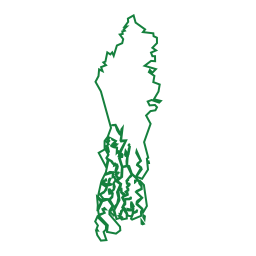 Bagerhat, Khulna, Bangladesh
{"feature_id": "16705992B77600989823530", "entity_name": "Bagerhat", "entity_type": "district", "adm_level": 2, "iso_a3": "BGD", "parent_name": "Bangladesh", "parent_adm1": "Khulna", "projection": "natural_earth1", "projection_center": [89.774, 22.348], "detail": "fine", "context": "isolated", "style": "outline", "palette": "green", "viewbox_px": 256, "rotation_deg": 0, "n_neighbors": 0, "source": "geoboundaries", "source_scale": "gbopen_adm2", "svg_char_len": 6059}
<svg xmlns="http://www.w3.org/2000/svg" viewBox="0 0 256 256"><path d="M135.6,22.6L133.6,15.4L127.9,18.6L128.2,21.8L124.5,26.8L126.7,26.6L123.7,29.4L124.8,30.7L122.3,31.4L122.7,33.9L119.8,34.5L123.2,39.1L122.2,43.2L116.9,45.5L113.7,55.8L112.2,52.4L110.3,54.4L107.3,52.4L105.4,61.6L103.4,62.4L106.0,65.2L101.1,67.1L102.5,71.1L99.1,69.4L98.5,76.1L95.5,81.8L100.9,91.4L111.0,127.9L107.8,136.6L109.4,137.7L107.8,140.2L109.0,140.4L109.3,140.9L108.2,142.3L107.0,142.1L108.7,144.3L106.4,146.0L107.9,147.1L108.9,151.6L108.7,152.0L108.1,151.8L106.0,149.2L108.5,154.8L106.6,158.2L111.8,161.2L112.5,162.1L113.0,163.5L114.8,163.5L114.3,165.3L116.1,164.2L117.2,164.8L117.8,166.4L117.4,168.5L115.4,172.3L118.1,172.5L117.8,173.7L115.9,174.4L118.3,178.1L121.2,177.3L121.9,167.0L119.0,158.3L119.9,156.1L121.9,156.6L122.0,154.6L118.9,155.8L119.3,152.0L118.6,151.4L117.2,153.0L116.7,153.2L116.9,147.7L114.2,147.4L112.2,146.6L111.1,145.8L111.4,145.3L115.3,145.4L116.8,144.3L113.4,143.7L113.3,143.3L113.4,143.1L115.4,141.7L114.9,140.6L112.4,139.7L112.0,138.9L116.0,141.0L115.2,142.2L113.4,143.5L116.6,144.1L116.9,144.3L116.6,144.9L115.1,145.6L111.2,145.7L117.1,147.6L116.7,153.0L118.5,151.2L119.7,151.9L125.7,140.7L121.1,141.5L120.5,140.5L121.3,135.6L119.3,133.8L117.1,130.2L115.5,125.3L111.5,125.2L115.6,124.8L120.7,134.5L121.4,129.3L122.6,127.7L121.1,140.5L126.2,140.3L119.3,155.0L121.6,153.8L122.6,154.8L122.2,157.0L119.6,157.5L122.4,166.7L126.7,165.8L126.5,161.2L127.2,156.9L125.4,155.7L125.0,154.3L125.6,150.7L128.1,154.5L128.8,148.5L129.8,146.7L128.6,145.4L128.6,145.0L129.8,143.7L128.7,145.2L129.9,146.7L128.5,154.5L127.6,155.1L126.0,152.8L125.2,154.7L127.6,156.8L127.1,165.4L129.2,166.1L131.8,173.6L135.6,177.2L140.9,168.1L137.0,165.1L137.6,163.4L140.6,161.0L136.2,152.9L136.6,150.9L141.0,160.9L137.4,164.3L141.1,167.4L141.7,169.3L136.3,176.7L142.1,178.8L148.0,169.6L146.9,158.6L148.2,157.7L144.1,142.1L150.6,123.8L146.1,115.5L150.5,111.1L155.4,110.3L157.0,107.2L155.0,105.0L149.6,105.4L147.7,101.5L151.6,100.0L159.1,102.6L160.8,100.9L153.9,99.3L158.5,91.5L159.7,84.5L153.3,82.1L154.4,75.9L148.9,72.1L149.9,70.0L152.4,72.7L155.9,69.1L144.6,65.8L151.1,60.9L155.1,61.2L155.0,56.2L152.4,56.2L151.0,52.6L156.1,50.4L152.4,47.8L157.0,43.1L156.9,37.7L153.6,36.2L153.3,33.3L143.0,32.1L145.1,29.4L135.6,22.6ZM138.1,180.1L131.9,174.2L131.2,176.2L128.3,178.5L128.2,180.2L126.8,180.8L127.4,183.6L128.9,183.5L129.6,184.6L129.2,185.5L126.9,187.2L128.4,189.0L128.3,190.5L126.1,191.7L127.6,193.1L127.8,194.8L122.8,197.0L124.2,200.5L125.5,198.9L130.6,198.6L130.3,196.9L131.0,197.8L130.8,198.7L129.3,199.3L125.2,199.4L125.3,204.2L123.0,206.8L125.6,209.3L127.8,215.7L131.3,216.3L132.5,214.5L133.0,210.4L128.7,210.5L128.0,210.1L127.7,208.9L133.0,210.1L131.8,207.0L133.3,206.3L132.6,204.4L131.6,206.2L131.1,206.3L131.0,203.9L131.4,201.4L131.3,206.0L132.6,204.1L133.7,206.2L132.3,206.9L133.5,208.1L132.9,213.2L133.6,211.8L134.7,212.6L135.8,211.4L136.6,211.7L137.3,209.5L136.7,211.9L134.7,212.8L133.7,212.2L131.0,218.7L132.1,219.6L141.2,215.8L140.9,211.9L142.2,209.2L136.5,204.3L136.7,201.9L137.5,200.7L141.9,197.8L136.0,192.1L136.6,191.0L141.5,188.7L141.4,186.3L139.3,183.5L138.9,180.9L135.4,180.6L135.1,181.1L135.3,182.2L135.0,182.4L135.0,180.6L138.1,180.1ZM107.8,199.5L101.6,201.5L101.9,202.1L98.1,210.3L98.8,214.7L104.6,212.8L102.5,209.7L102.8,209.0L104.4,208.0L105.7,209.4L102.8,209.3L104.7,212.8L98.7,215.6L107.8,225.3L107.0,231.9L116.0,233.6L120.3,230.4L120.0,226.7L109.4,214.3L109.4,210.8L112.5,206.0L107.8,199.5ZM108.4,160.4L105.4,174.4L109.9,171.9L112.9,172.2L113.4,175.1L112.7,177.3L114.5,176.9L115.7,180.1L113.7,183.3L114.8,186.7L113.9,189.6L111.5,191.7L109.1,190.1L109.5,193.4L111.8,192.5L112.8,193.4L112.3,197.2L109.8,199.8L114.1,207.3L117.1,203.8L118.4,197.8L117.0,192.1L120.4,184.3L116.4,181.4L117.7,178.3L115.6,174.4L118.0,173.0L115.1,172.3L116.8,164.9L114.3,165.6L113.9,164.9L114.4,163.7L112.8,163.7L110.7,160.7L108.4,160.4ZM112.9,172.4L105.5,174.8L105.2,174.6L105.1,173.8L101.4,181.3L101.4,181.7L102.6,181.8L104.3,183.1L104.0,180.6L104.3,180.5L106.1,180.4L105.7,178.4L106.2,180.4L105.9,180.7L104.2,180.7L104.5,183.2L101.0,183.1L110.8,184.7L111.2,184.4L109.1,183.5L108.5,182.6L109.1,179.3L109.7,178.6L110.5,178.7L108.7,182.9L111.4,184.3L111.0,184.8L108.2,185.5L105.5,184.9L106.4,185.8L106.9,187.1L106.2,189.8L103.8,192.6L100.0,194.6L103.6,198.9L109.4,199.2L112.2,196.3L112.3,193.1L109.3,193.8L108.6,190.2L109.8,189.3L111.6,191.4L113.8,189.3L113.4,183.4L115.5,180.2L114.4,177.2L112.5,177.4L112.9,172.4ZM127.5,166.2L122.5,167.2L122.1,176.9L117.2,180.8L121.2,183.9L120.2,188.4L121.5,188.7L121.7,192.4L124.1,193.6L124.8,195.6L127.4,194.4L125.5,191.7L127.9,190.2L126.8,186.9L129.2,184.3L126.9,183.7L126.4,180.8L131.5,174.5L127.5,166.2ZM123.8,195.3L121.1,192.5L121.2,188.9L119.9,189.1L118.5,191.3L119.5,200.2L114.3,210.2L116.5,219.0L121.5,217.5L118.8,215.9L120.1,215.4L119.7,214.0L120.7,214.2L121.0,211.1L122.4,209.9L120.9,214.4L119.9,214.2L120.3,215.3L119.1,215.9L121.9,217.2L121.8,217.7L120.6,218.1L121.7,219.5L126.8,218.5L126.6,213.9L122.2,207.5L124.6,202.7L122.1,197.7L123.8,195.3ZM97.3,216.8L95.2,221.5L97.9,225.5L96.6,228.8L97.8,230.6L96.1,230.5L97.3,235.2L100.9,240.6L106.4,240.1L103.6,231.9L105.9,229.6L106.1,225.4L97.3,216.8ZM143.0,212.6L146.9,206.0L143.9,185.0L140.2,181.1L139.5,182.7L141.6,185.7L141.7,189.1L136.2,191.9L142.3,197.8L136.8,203.6L142.4,208.7L143.0,212.6ZM106.9,142.3L107.9,140.5L107.6,140.1L109.1,137.9L107.5,137.1L104.6,141.0L104.6,149.5L98.7,152.8L106.2,167.2L107.6,160.2L106.4,157.9L108.3,154.7L105.6,149.8L106.2,148.9L108.6,151.7L106.2,146.1L108.5,144.3L106.9,142.3ZM101.6,200.4L102.9,198.2L99.8,194.4L104.5,191.4L106.7,187.2L100.9,183.4L97.9,196.8L101.6,200.4ZM97.4,211.2L101.0,201.8L97.1,197.0L97.8,205.1L97.4,211.2ZM113.7,215.4L114.6,213.2L112.2,208.2L110.2,212.1L113.7,215.4ZM141.5,220.6L141.6,223.8L142.6,224.3L143.9,223.8L141.5,220.6ZM144.5,219.4L144.9,216.3L143.4,215.3L143.3,217.3L144.5,219.4ZM149.1,163.3L148.3,160.4L149.0,163.8L149.1,163.3ZM101.1,202.4L101.5,201.9L101.3,201.5L101.1,202.4Z" fill="none" stroke="#15803d" stroke-width="2"/></svg>